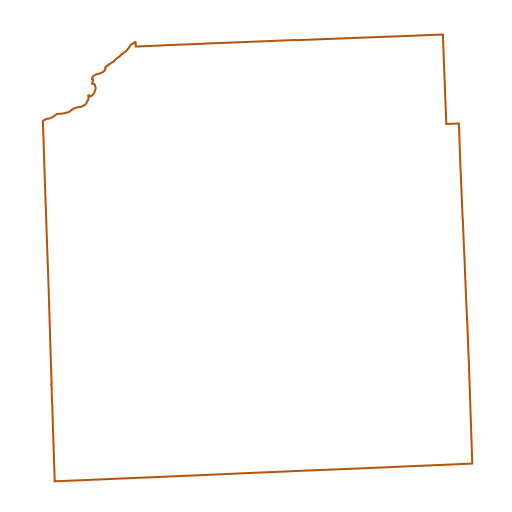 Cleve, South Australia, Australia (Albers equal-area conic projection), rotated 178°
{"feature_id": "25037944B98257545318432", "entity_name": "Cleve", "entity_type": "district", "adm_level": 2, "iso_a3": "AUS", "parent_name": "Australia", "parent_adm1": "South Australia", "projection": "albers", "projection_center": [136.475, -33.66], "detail": "fine", "context": "isolated", "style": "outline", "palette": "amber", "viewbox_px": 512, "rotation_deg": 178, "n_neighbors": 0, "source": "geoboundaries", "source_scale": "gbopen_adm2", "svg_char_len": 4862}
<svg xmlns="http://www.w3.org/2000/svg" viewBox="0 0 512 512"><g transform="rotate(178 256 256)"><path d="M47.1,41.0L47.0,143.6L47.1,147.5L47.1,150.8L47.1,163.3L47.1,165.6L47.3,190.0L47.5,204.8L47.7,236.6L47.7,237.1L47.7,242.0L47.8,252.4L47.8,252.8L47.9,257.8L48.0,285.4L48.2,285.5L48.5,335.5L48.7,339.1L48.6,339.3L48.5,341.0L48.6,342.5L48.6,346.0L48.6,352.9L48.6,357.3L48.6,357.7L48.6,357.8L48.6,358.1L48.6,359.9L48.6,362.3L48.6,381.3L61.2,381.3L61.4,433.0L61.5,458.4L61.5,470.8L61.9,470.8L66.9,470.8L88.3,470.7L100.9,470.6L121.3,470.6L147.3,470.5L169.9,470.4L180.2,470.4L206.0,470.3L206.4,470.3L208.9,470.3L209.2,470.5L230.3,470.4L240.9,470.3L247.9,470.3L250.6,470.3L258.7,470.2L258.8,470.2L260.0,470.2L266.9,470.2L282.9,470.1L292.1,470.1L312.4,469.9L329.0,469.9L340.6,469.8L341.1,469.7L368.8,469.5L368.9,473.8L368.9,474.0L369.0,474.1L369.8,473.9L370.2,473.6L370.5,473.4L371.0,472.9L371.7,472.5L372.0,472.4L372.6,472.1L373.2,471.9L373.3,471.8L373.9,471.3L374.1,471.1L374.3,470.5L374.4,470.4L374.7,470.0L374.8,469.9L375.0,469.6L375.2,469.3L375.5,468.9L375.9,468.5L376.0,468.3L376.2,468.0L376.3,467.9L377.0,467.2L377.7,466.3L377.9,466.1L378.4,465.6L378.8,465.3L379.3,465.0L379.3,464.9L379.7,464.7L379.8,464.6L380.4,464.3L381.2,463.6L381.9,463.2L382.4,462.7L382.9,462.5L383.2,462.4L383.3,462.3L383.4,462.2L383.6,461.9L384.6,461.1L385.1,460.4L385.5,460.0L386.3,459.5L386.6,459.4L387.0,459.2L387.5,458.9L387.8,458.6L388.5,458.1L388.8,457.9L389.1,457.6L389.4,457.4L390.1,456.8L390.2,456.7L390.7,456.0L390.8,455.9L391.0,455.7L391.3,455.4L392.0,455.0L392.7,454.6L392.8,454.5L394.2,453.9L394.3,453.8L394.5,453.6L394.8,453.3L395.6,453.0L396.3,452.5L396.5,452.4L396.7,452.0L396.9,451.8L397.0,451.8L397.3,451.8L397.8,451.5L398.2,451.4L398.5,451.2L398.7,450.9L398.8,450.7L399.1,450.6L399.8,450.2L399.9,449.9L399.8,449.4L399.7,449.1L399.9,448.7L400.0,448.4L400.6,447.4L400.8,446.9L400.9,446.5L401.0,446.4L401.2,446.2L401.4,446.1L401.8,445.8L402.3,445.4L402.8,445.1L403.4,444.8L404.1,444.6L404.7,444.2L405.0,444.1L406.2,443.8L407.8,443.2L408.3,443.2L409.1,443.2L410.0,442.9L410.7,442.5L411.9,441.7L412.3,441.3L412.5,441.1L413.1,440.5L413.5,439.8L413.5,439.2L413.7,438.7L413.7,438.4L413.1,438.3L412.8,438.2L412.7,438.0L412.7,437.8L412.7,437.2L412.8,436.8L413.2,435.7L413.7,434.6L413.8,434.4L413.7,434.0L413.7,433.9L413.3,433.7L413.0,433.6L412.7,433.5L412.0,433.6L411.8,433.6L411.7,433.5L411.6,433.4L411.5,433.2L411.1,432.6L411.0,432.3L411.0,431.4L410.9,431.2L410.7,431.0L410.6,430.9L410.6,430.6L410.5,430.2L410.4,429.0L410.5,428.5L410.5,428.3L410.6,428.2L410.9,427.4L411.1,426.9L411.3,426.4L411.6,425.6L411.8,425.2L412.7,423.8L413.3,423.1L413.6,422.8L414.3,422.2L414.9,421.7L415.8,421.4L416.5,421.3L416.7,421.7L416.9,421.9L417.4,421.8L417.6,422.4L418.0,422.3L417.8,421.3L417.5,421.2L417.8,420.8L417.9,420.7L418.0,420.6L418.0,420.4L418.0,420.2L418.0,419.9L417.9,419.7L417.9,419.2L417.9,418.8L418.1,418.5L418.4,417.7L418.6,417.3L419.0,416.8L419.8,416.1L419.8,415.9L419.9,415.0L420.1,414.6L420.7,414.0L421.2,413.3L421.7,412.9L422.0,412.7L423.4,412.1L424.1,411.7L426.1,411.1L426.5,411.0L426.8,411.0L427.9,411.0L428.4,411.0L429.1,410.9L429.4,410.8L430.8,410.5L431.0,410.5L431.1,410.4L431.9,410.2L432.5,409.9L433.3,409.5L433.7,409.4L433.8,409.3L433.9,409.1L434.0,409.1L434.5,409.0L434.7,408.8L434.9,408.4L435.0,408.4L435.9,407.8L437.0,407.1L437.5,406.6L438.5,406.4L439.4,406.0L439.8,405.9L440.8,405.9L441.1,405.8L441.4,405.6L442.1,405.5L442.8,405.3L443.3,405.2L444.5,405.2L445.3,404.9L446.1,404.9L446.9,405.1L447.1,405.1L447.5,405.1L447.9,404.9L448.5,405.0L448.8,405.0L450.0,404.9L450.3,404.7L450.6,404.4L451.7,403.6L452.2,403.3L452.4,403.2L452.5,403.1L452.8,403.0L453.2,402.9L453.4,402.6L453.5,402.5L453.8,402.3L454.0,402.1L454.3,402.0L454.8,401.7L455.8,401.5L457.5,400.7L458.3,400.5L460.4,400.4L460.8,400.3L461.3,400.0L461.4,399.9L461.6,399.8L462.0,399.7L462.4,399.5L462.9,399.3L463.5,398.9L463.8,398.7L464.3,398.4L464.3,397.5L464.3,376.7L464.4,348.7L464.4,322.1L464.4,305.2L464.4,302.4L464.4,302.1L464.4,300.6L464.4,296.0L464.4,291.7L464.4,285.4L464.4,285.2L464.4,279.9L464.4,272.0L464.4,271.9L464.4,265.0L464.4,256.7L464.4,249.3L464.4,248.4L464.4,245.7L464.4,242.6L464.4,236.3L464.4,226.9L464.5,205.1L464.5,204.8L464.6,177.1L464.7,155.7L464.7,152.4L464.8,136.1L464.9,135.8L464.7,135.9L464.8,131.9L464.8,129.6L464.7,129.3L464.9,128.9L464.9,128.7L465.0,116.3L465.0,116.1L464.8,116.0L464.9,98.6L465.0,60.3L465.0,38.2L465.0,37.9L439.6,38.0L426.0,38.1L386.0,38.4L370.3,38.5L369.6,38.5L347.6,38.7L341.8,38.7L338.1,38.8L330.9,38.8L307.9,39.0L298.8,39.1L277.0,39.3L275.7,39.3L268.8,39.4L268.6,39.4L268.2,39.4L250.5,39.5L244.8,39.5L235.8,39.6L233.9,39.6L212.7,39.8L208.1,39.8L207.7,39.8L199.6,39.9L189.9,39.9L176.8,40.0L176.6,40.0L160.9,40.1L160.7,40.1L160.4,40.1L149.0,40.2L148.6,40.2L134.4,40.3L113.4,40.5L98.1,40.6L47.1,41.0Z" fill="none" stroke="#b45309" stroke-width="2"/></g></svg>